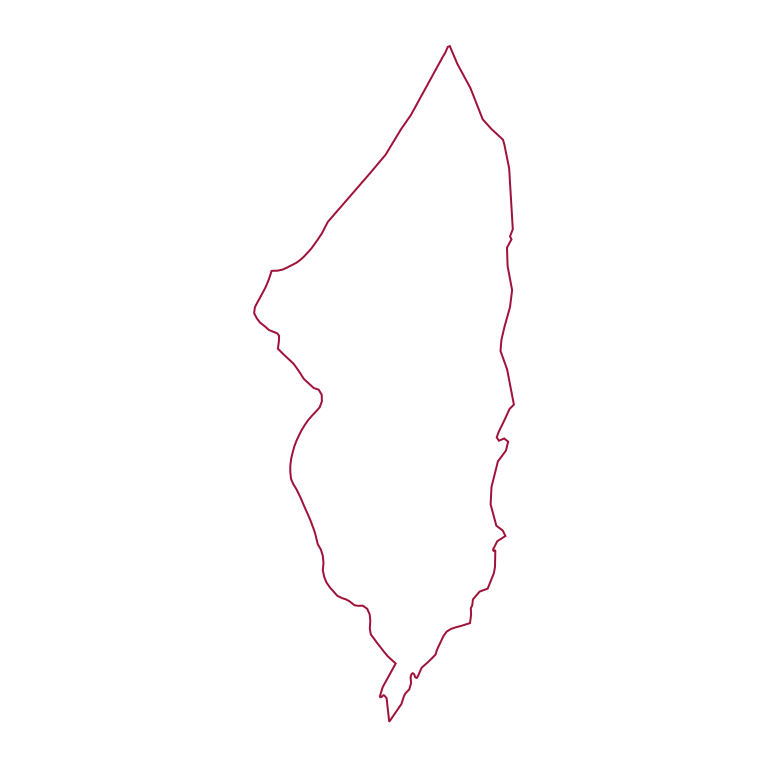 Washhah, Hajjah, Yemen
{"feature_id": "15242507B45949371630165", "entity_name": "Washhah", "entity_type": "district", "adm_level": 2, "iso_a3": "YEM", "parent_name": "Yemen", "parent_adm1": "Hajjah", "projection": "equal_earth", "projection_center": [43.377, 16.335], "detail": "fine", "context": "isolated", "style": "outline", "palette": "rose", "viewbox_px": 768, "rotation_deg": 0, "n_neighbors": 0, "source": "geoboundaries", "source_scale": "gbopen_adm2", "svg_char_len": 2712}
<svg xmlns="http://www.w3.org/2000/svg" viewBox="0 0 768 768"><path d="M271.6,270.9L269.9,276.3L267.7,282.3L265.4,287.6L262.8,292.5L260.1,297.5L257.4,302.4L254.9,307.2L254.1,313.2L254.7,314.3L256.8,318.3L260.0,322.6L264.7,326.2L268.9,330.0L277.3,333.4L279.1,335.8L278.9,341.3L277.9,348.7L283.3,354.1L293.8,364.0L298.9,371.2L303.9,379.0L313.7,388.0L318.7,389.7L321.7,394.7L321.9,401.3L319.7,407.3L316.0,411.5L315.5,412.0L311.6,416.1L308.1,420.2L305.1,424.5L304.7,425.1L301.5,430.3L299.0,435.4L296.5,440.7L294.3,446.4L292.4,453.5L291.1,459.1L290.3,465.8L290.3,472.0L291.0,478.7L293.2,484.0L296.3,489.0L298.9,494.2L301.3,499.3L303.5,504.6L305.8,509.8L308.3,515.3L310.6,520.8L313.1,527.5L315.0,532.9L316.4,538.6L317.8,544.3L320.9,549.6L322.8,555.9L323.5,562.9L322.8,570.4L324.3,577.1L326.0,581.3L326.6,582.7L330.1,587.7L333.9,591.9L337.3,595.8L342.2,598.2L345.8,599.3L349.2,601.1L352.8,603.9L354.6,605.3L358.1,605.8L361.9,605.7L362.8,605.7L367.2,608.8L369.7,614.5L370.3,621.2L369.8,628.4L370.8,634.4L374.0,638.7L377.3,643.2L380.8,647.6L384.1,651.9L387.6,656.1L391.8,660.0L395.7,663.5L382.7,687.1L379.9,696.3L380.3,697.2L381.4,697.1L382.6,695.8L383.7,695.2L384.9,696.1L386.6,698.2L387.1,702.8L389.2,721.6L389.1,721.9L401.5,703.9L401.5,703.7L403.9,696.3L405.3,693.5L409.3,689.3L411.1,683.1L410.6,677.2L411.4,674.2L412.7,673.2L414.1,674.2L415.3,677.4L416.8,677.9L418.1,675.8L421.7,667.6L427.7,662.4L431.6,658.6L435.6,654.5L436.4,651.7L436.5,651.1L438.5,646.5L440.9,641.5L443.6,635.8L446.8,631.5L451.1,628.9L456.1,627.2L460.5,626.1L470.0,623.1L471.1,614.6L470.8,608.1L472.2,605.5L472.9,599.7L473.0,599.3L479.6,591.6L487.7,588.6L493.8,573.3L494.0,572.6L495.0,566.8L495.3,551.1L495.1,550.5L494.6,550.4L493.8,550.9L493.1,550.3L493.2,549.0L494.0,547.7L497.0,541.7L497.3,541.2L505.4,536.0L502.8,530.6L496.3,525.6L492.3,510.6L490.6,504.5L491.5,486.9L493.2,480.2L497.9,461.4L506.0,450.5L506.9,446.7L508.2,441.7L504.2,438.5L498.9,440.7L496.7,437.3L498.8,431.7L503.9,421.3L506.4,415.8L509.6,408.9L512.2,406.3L513.9,404.6L512.8,399.0L510.3,386.0L507.1,369.3L500.5,351.0L501.4,340.2L501.4,339.9L504.1,328.4L504.4,327.1L510.0,307.1L512.1,290.1L507.6,266.1L507.4,260.5L507.0,247.7L508.8,244.3L511.5,239.3L510.0,236.4L512.8,229.3L509.2,169.2L509.2,168.5L504.4,144.8L503.0,139.7L491.5,129.1L482.7,119.3L470.4,88.0L457.4,64.0L449.8,46.1L447.8,46.9L446.5,49.8L445.3,52.7L443.3,55.9L410.8,115.2L406.7,121.0L406.1,122.0L401.4,128.6L396.2,137.2L385.6,154.7L370.3,172.9L327.8,221.9L324.9,227.5L322.0,233.2L318.9,237.9L315.0,243.5L312.0,247.6L311.4,248.4L308.0,252.3L304.3,256.2L303.2,257.3L300.3,259.9L296.3,262.8L291.5,265.3L287.0,267.6L282.6,269.6L277.5,270.7L272.8,270.8L271.6,270.9Z" fill="none" stroke="#9f1239" stroke-width="2"/></svg>